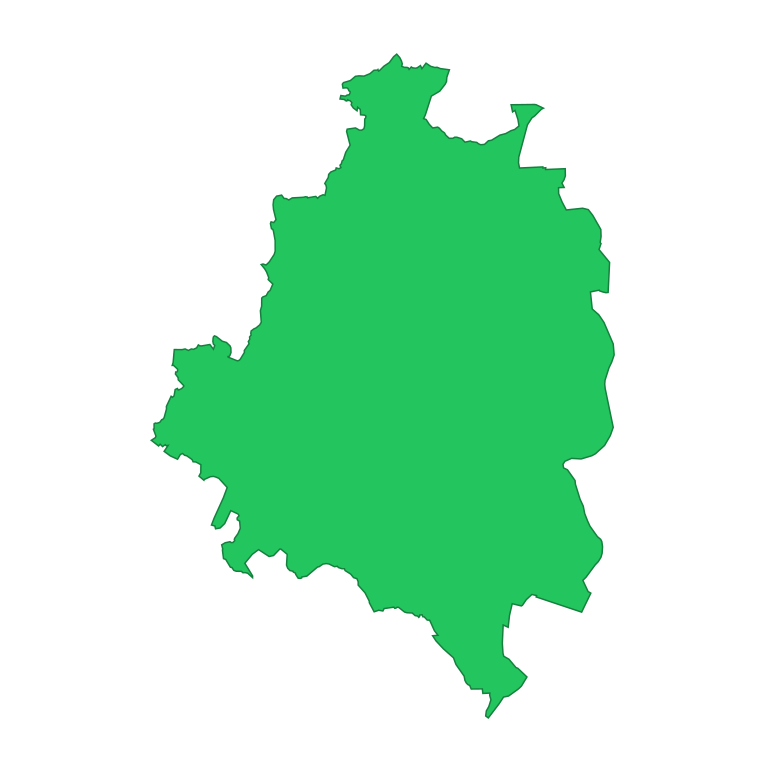 outline of Branistea, Bistrita-Nasaud, Romania, rotated 92°
{"feature_id": "2599482B22928448752539", "entity_name": "Branistea", "entity_type": "district", "adm_level": 2, "iso_a3": "ROU", "parent_name": "Romania", "parent_adm1": "Bistrita-Nasaud", "projection": "natural_earth1", "projection_center": [24.066, 47.15], "detail": "fine", "context": "isolated", "style": "filled", "palette": "green", "viewbox_px": 768, "rotation_deg": 92, "n_neighbors": 0, "source": "geoboundaries", "source_scale": "gbopen_adm2", "svg_char_len": 6117}
<svg xmlns="http://www.w3.org/2000/svg" viewBox="0 0 768 768"><g transform="rotate(92 384 384)"><path d="M582.1,508.6L580.4,508.6L568.0,516.8L558.8,509.7L553.9,503.6L560.4,492.8L559.3,488.4L552.6,482.4L552.6,481.3L557.6,474.8L568.4,475.1L571.5,473.8L573.7,471.6L574.3,468.4L575.1,468.1L576.1,465.9L577.3,465.6L581.1,463.0L581.2,460.8L580.7,459.5L579.7,459.3L578.7,454.4L569.2,444.0L568.9,442.5L566.1,438.7L565.5,435.4L565.8,432.7L568.3,427.2L567.8,424.2L569.0,423.2L570.1,419.5L570.0,417.1L571.8,416.4L575.1,410.7L578.6,407.6L579.5,404.3L582.5,402.9L585.9,402.8L593.3,395.7L601.4,391.2L603.2,391.0L612.0,385.9L610.3,381.3L610.9,377.2L608.4,376.0L606.7,366.3L607.8,365.5L607.6,364.3L606.6,363.1L606.7,361.6L611.2,355.5L611.8,353.1L611.9,347.8L614.4,344.8L614.7,342.3L616.0,341.1L615.1,340.3L613.7,340.3L613.3,337.9L615.3,337.0L615.3,335.7L618.4,332.6L618.5,330.1L628.8,325.0L633.2,321.3L633.9,326.6L638.9,323.1L646.7,315.3L655.2,305.0L661.8,302.3L673.2,293.7L677.3,292.8L679.8,291.4L681.4,289.8L682.3,287.8L685.8,286.2L685.3,275.1L689.8,274.4L689.2,267.4L691.4,267.5L695.9,266.1L702.7,268.0L707.1,270.3L712.2,270.8L714.1,268.1L699.4,257.7L692.7,253.6L691.5,248.6L683.9,238.8L681.1,236.1L671.8,230.9L663.4,240.4L662.8,242.2L654.7,249.5L651.9,254.8L648.9,255.7L638.9,256.7L620.7,256.5L622.8,251.4L610.9,250.5L599.1,248.2L601.0,239.0L600.3,237.9L594.6,234.3L589.2,228.9L590.1,224.1L591.5,224.5L605.1,178.5L585.8,170.0L584.3,172.8L573.3,178.4L570.0,175.3L557.5,166.7L554.0,163.6L549.6,161.1L545.5,160.1L539.0,159.9L533.9,160.8L531.7,162.0L529.1,165.4L518.9,173.2L513.7,175.8L506.5,178.9L499.1,180.6L492.4,184.0L477.5,189.2L473.8,189.7L463.3,197.7L461.6,201.6L458.0,202.3L454.9,200.5L451.8,194.0L452.0,184.3L448.4,173.7L446.3,170.2L437.7,161.4L427.6,156.0L419.3,153.4L380.8,162.8L376.4,163.4L372.4,163.2L359.9,159.7L354.2,157.2L346.9,155.0L336.0,156.3L314.8,166.3L307.4,171.7L301.8,178.5L284.8,180.9L282.7,172.2L283.4,171.8L284.4,168.5L285.0,165.4L284.7,163.2L254.6,162.8L242.1,173.8L236.0,172.0L235.1,172.9L229.0,172.2L222.0,172.7L208.1,181.3L202.6,185.9L201.4,191.6L203.7,207.9L195.8,212.4L187.7,216.1L181.7,216.4L181.3,210.8L177.0,213.2L173.6,211.2L169.7,210.0L162.5,210.4L164.0,230.0L162.2,229.9L162.6,232.7L161.5,232.8L163.4,256.1L158.3,257.3L152.5,257.2L120.0,249.7L112.8,245.4L111.0,242.9L103.9,236.3L102.8,234.3L99.6,241.7L99.4,243.3L100.5,266.7L107.6,265.0L106.0,262.6L114.9,259.4L121.4,258.1L125.1,262.3L126.4,265.9L129.5,271.1L131.2,276.8L136.6,285.0L137.3,288.2L141.0,291.9L141.5,295.7L140.6,298.0L139.3,299.7L138.8,304.8L138.1,306.1L139.5,311.5L136.2,314.9L134.8,319.9L134.9,322.0L136.0,323.6L136.2,327.4L133.1,331.0L130.9,332.3L129.1,335.1L126.4,337.6L125.4,339.3L126.4,344.3L122.8,347.9L118.2,351.1L117.4,353.7L113.7,352.1L94.6,346.7L89.4,338.5L82.4,333.4L79.6,332.1L75.2,331.9L67.7,329.6L66.8,338.7L65.6,342.0L65.9,344.2L64.9,348.4L61.9,353.2L67.5,357.1L64.5,358.7L66.8,361.8L67.3,363.6L67.0,366.4L66.2,367.8L68.7,369.9L67.2,370.8L66.8,371.8L66.8,374.8L65.9,377.4L63.3,376.9L60.6,377.8L57.3,379.6L53.9,382.8L56.6,385.8L62.6,389.9L66.4,395.2L70.7,399.2L71.4,400.4L70.0,401.0L70.5,401.3L70.8,405.0L74.3,408.8L77.0,414.7L76.9,419.8L77.5,423.3L81.9,428.2L84.2,435.0L85.8,436.1L89.7,435.3L89.3,432.0L89.8,430.5L92.3,429.2L92.9,428.1L93.9,428.0L96.1,428.8L96.6,431.1L97.7,432.6L97.2,437.2L100.7,437.9L101.1,433.2L102.1,432.6L102.5,431.0L101.2,430.2L102.0,429.0L101.9,427.9L103.9,426.0L106.1,426.6L109.2,424.3L111.9,420.5L108.3,420.0L110.4,417.3L115.8,416.8L116.0,412.8L116.9,411.4L119.0,411.7L119.8,412.5L126.9,412.4L129.6,413.0L131.1,415.2L131.2,417.3L129.1,421.4L130.6,429.7L132.9,430.2L146.5,426.2L153.7,430.3L161.4,432.5L162.4,433.6L165.7,434.4L166.3,435.3L167.2,435.6L169.3,434.6L170.4,436.6L169.7,439.3L171.8,439.8L174.0,444.6L176.4,446.6L179.5,446.9L185.7,450.2L187.4,448.9L190.1,448.3L197.5,449.6L197.0,451.5L198.5,454.7L200.7,456.9L198.9,458.7L200.6,466.9L199.8,467.2L199.6,469.0L200.2,471.1L201.2,482.2L203.4,485.6L202.1,488.2L202.0,490.4L198.8,492.9L200.0,497.9L203.7,500.7L208.7,501.1L213.5,500.5L223.5,497.7L226.5,499.8L225.9,502.5L227.6,503.1L232.7,501.9L233.3,500.6L234.8,499.9L244.4,497.8L255.1,497.4L258.4,498.3L265.8,502.8L267.8,504.6L269.2,506.1L268.3,509.1L268.9,510.9L273.0,507.3L276.1,505.3L281.7,502.9L283.7,503.4L288.0,498.6L294.5,501.1L296.0,502.9L299.8,504.8L301.2,508.1L302.4,509.2L310.6,509.0L315.0,510.1L326.5,508.8L329.3,510.3L332.6,514.1L333.4,515.9L335.6,518.6L338.0,518.9L339.7,518.5L341.7,520.0L344.0,519.7L346.3,521.1L348.5,520.3L355.4,524.8L357.3,524.6L364.4,528.6L365.4,529.6L366.0,531.3L362.6,540.7L362.0,540.8L361.9,539.8L361.2,539.1L357.9,538.0L353.3,538.3L351.3,539.2L348.0,542.9L346.9,547.1L342.5,553.1L341.8,555.1L342.8,556.1L344.3,556.4L347.5,556.5L350.0,555.9L351.3,554.5L355.2,555.7L350.6,559.4L352.3,567.6L352.3,569.3L351.4,570.9L354.4,572.5L356.0,575.6L355.7,577.8L357.3,580.7L355.9,584.0L356.7,587.0L356.9,594.8L370.0,595.5L372.8,596.3L372.7,595.0L376.4,590.8L378.4,590.8L379.3,591.5L379.3,592.6L381.3,592.8L384.8,590.0L387.0,589.8L392.6,584.1L393.4,584.1L395.6,586.0L396.9,588.5L397.2,589.4L395.7,590.3L396.8,592.5L403.2,593.4L404.7,595.0L403.7,596.3L414.0,600.7L416.5,600.5L425.4,602.6L427.2,604.0L427.4,604.9L430.2,606.8L431.2,609.7L431.0,611.2L431.8,612.4L436.7,612.2L437.2,612.9L444.0,610.1L445.6,610.6L448.4,614.6L453.8,607.1L452.0,605.6L454.3,603.1L452.3,600.5L453.3,599.5L452.9,597.6L459.0,601.4L463.3,595.1L466.4,587.7L461.5,585.0L460.5,582.9L462.2,580.8L462.6,578.7L465.3,574.5L466.4,573.0L468.4,572.1L468.5,569.4L471.0,564.2L479.1,564.0L482.5,565.7L486.5,560.6L485.7,560.3L482.7,554.3L482.3,551.2L482.7,549.3L484.0,545.8L492.9,537.1L503.4,540.6L524.0,549.1L531.0,551.5L531.8,548.1L534.6,547.3L533.6,542.7L529.0,538.3L515.9,532.7L519.0,525.4L519.7,524.8L520.8,524.3L522.8,526.0L523.9,526.1L524.8,525.9L526.1,523.5L533.2,522.6L538.6,524.7L543.3,527.8L544.6,528.2L545.8,527.7L547.7,529.5L547.8,531.2L547.0,532.4L548.2,537.2L550.4,540.6L554.6,539.4L555.5,539.7L564.1,538.3L564.9,536.0L572.5,531.1L572.7,529.6L575.5,527.6L576.3,525.1L576.2,520.0L577.5,518.5L577.4,515.9L577.9,513.6L582.1,508.6Z" fill="#22c55e" stroke="#15803d" stroke-width="1.5"/></g></svg>